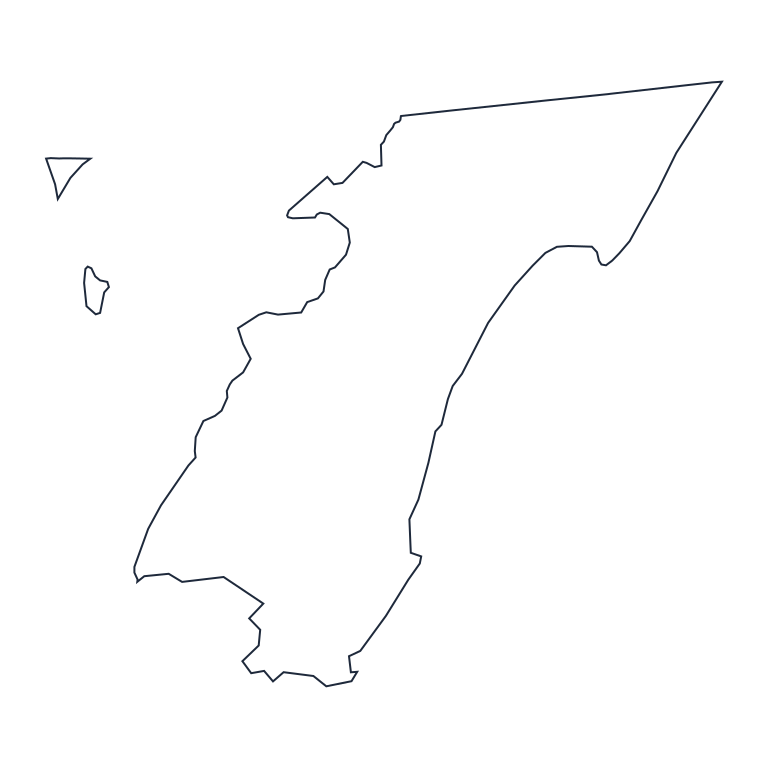 outline of Accomack, Virginia, United States of America
{"feature_id": "52423323B3829311906310", "entity_name": "Accomack", "entity_type": "district", "adm_level": 2, "iso_a3": "USA", "parent_name": "United States of America", "parent_adm1": "Virginia", "projection": "natural_earth1", "projection_center": [-75.727, 37.738], "detail": "fine", "context": "isolated", "style": "outline", "palette": "slate", "viewbox_px": 768, "rotation_deg": 0, "n_neighbors": 0, "source": "geoboundaries", "source_scale": "gbopen_adm2", "svg_char_len": 1888}
<svg xmlns="http://www.w3.org/2000/svg" viewBox="0 0 768 768"><path d="M362.8,161.8L342.5,182.9L333.8,184.3L327.3,176.9L288.9,210.6L287.1,215.4L288.0,217.2L292.8,218.3L315.0,217.5L316.8,214.5L320.2,212.7L329.3,214.1L347.8,229.0L349.8,242.6L346.0,254.7L335.0,267.4L329.7,269.5L325.2,279.9L323.5,291.5L317.9,298.4L307.2,302.1L301.2,312.5L278.0,314.6L266.3,312.3L258.8,314.8L238.0,328.2L243.1,344.0L250.7,358.8L243.1,372.4L232.4,380.6L229.8,384.4L226.8,391.0L227.4,397.5L221.6,410.6L214.9,415.9L203.4,421.0L195.7,437.2L194.8,451.1L195.6,457.5L188.4,465.5L161.0,505.3L148.2,528.8L134.4,566.9L134.4,572.6L137.6,579.6L137.3,581.8L144.3,576.2L168.7,573.8L182.1,581.9L223.6,577.0L263.3,603.6L249.2,618.4L260.2,629.8L258.7,645.5L242.4,661.2L251.2,673.2L264.1,670.9L273.0,681.4L283.6,672.2L313.4,676.0L326.3,686.3L351.5,681.2L357.2,671.8L350.9,672.3L349.0,656.2L360.3,650.9L385.9,615.9L408.3,579.7L419.8,563.5L421.2,556.4L410.8,552.8L410.4,543.7L409.4,519.3L418.4,499.6L428.4,462.8L435.4,431.4L441.5,424.8L447.9,399.1L452.7,386.0L462.0,373.8L488.1,322.9L514.7,285.5L532.6,265.7L545.4,252.9L556.9,246.8L568.4,246.0L591.9,246.7L597.0,252.2L598.9,260.6L601.4,264.5L606.0,265.3L612.2,260.6L619.3,253.3L629.7,241.1L641.3,220.0L657.5,191.2L676.3,152.9L721.9,81.7L711.9,82.4L706.6,83.0L687.6,85.1L610.4,93.8L608.2,94.1L548.6,100.2L452.3,110.4L401.0,116.0L400.9,116.1L400.4,119.8L399.1,121.6L395.5,122.7L394.1,123.9L392.9,127.2L390.0,130.8L389.3,131.6L386.3,135.1L383.9,141.6L380.9,144.8L381.5,165.5L374.7,167.1L366.6,162.9L362.8,161.8ZM46.1,158.6L55.1,184.3L57.8,199.0L70.4,177.9L82.6,164.4L90.3,158.7L80.2,158.5L67.6,158.3L66.9,158.3L66.4,158.3L60.4,158.4L59.9,158.5L50.4,158.1L50.1,158.2L46.1,158.6ZM85.4,269.0L84.1,282.9L86.5,306.2L95.7,314.3L100.1,312.9L104.2,292.4L108.9,287.1L107.3,281.9L100.1,280.4L95.2,276.4L91.4,268.3L87.7,266.6L85.4,269.0Z" fill="none" stroke="#1e293b" stroke-width="2"/></svg>